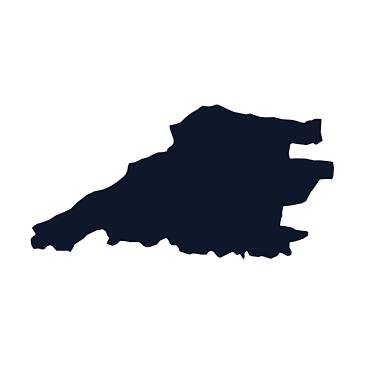 Luncavita, Caras-Severin, Romania (Equal Earth projection), rotated 299°
{"feature_id": "2599482B30693199299192", "entity_name": "Luncavita", "entity_type": "district", "adm_level": 2, "iso_a3": "ROU", "parent_name": "Romania", "parent_adm1": "Caras-Severin", "projection": "equal_earth", "projection_center": [22.223, 45.101], "detail": "fine", "context": "isolated", "style": "filled", "palette": "ink", "viewbox_px": 384, "rotation_deg": 299, "n_neighbors": 0, "source": "geoboundaries", "source_scale": "gbopen_adm2", "svg_char_len": 3476}
<svg xmlns="http://www.w3.org/2000/svg" viewBox="0 0 384 384"><g transform="rotate(299 192 192)"><path d="M288.0,204.8L285.5,202.2L281.7,190.3L281.2,186.0L280.9,181.6L280.6,177.2L280.4,172.9L279.5,171.1L275.5,167.5L274.5,165.8L273.6,164.0L272.8,162.2L272.3,160.3L271.3,159.6L270.3,159.0L269.2,158.5L268.1,158.0L266.9,157.7L260.8,153.9L253.5,150.8L247.3,149.0L243.4,145.9L239.3,141.1L237.1,142.4L229.4,151.1L226.4,152.7L224.7,152.9L222.2,152.4L219.2,150.8L217.1,150.5L215.7,151.2L213.0,148.9L209.3,143.2L207.2,141.6L205.0,140.0L202.7,138.5L200.4,137.1L196.1,132.6L190.0,128.3L186.2,123.8L183.4,124.3L179.1,125.9L174.9,126.1L171.2,125.1L164.7,122.5L156.4,118.1L149.7,112.8L145.0,107.1L138.3,102.2L127.4,97.5L118.4,94.8L115.0,92.6L111.7,90.2L108.5,87.7L105.4,85.1L98.5,81.4L96.9,80.2L95.4,78.9L93.9,77.7L92.4,76.3L90.5,74.5L88.7,72.7L85.7,70.9L83.2,70.3L80.3,75.9L78.4,76.6L77.8,76.2L77.1,75.9L76.4,75.5L75.7,75.2L75.0,75.0L74.3,74.8L73.6,74.6L72.8,74.5L69.5,76.7L68.7,77.5L67.9,78.3L67.3,79.2L66.7,80.1L66.3,81.1L68.8,84.7L70.0,89.1L71.5,90.2L72.4,90.3L73.3,90.5L74.2,90.8L75.1,91.2L75.7,91.7L77.6,93.5L77.5,96.9L75.8,101.9L77.1,104.3L78.4,106.7L79.7,109.0L81.1,111.4L81.2,114.0L82.2,114.1L83.2,114.2L84.2,114.3L85.2,114.3L86.1,114.3L87.1,114.2L88.1,114.1L89.1,113.9L99.5,119.3L103.2,120.1L105.7,121.6L112.9,126.7L117.0,132.0L116.4,136.1L113.5,139.3L112.6,141.8L111.8,143.0L110.4,142.8L109.0,142.8L107.6,142.8L106.2,143.0L107.1,148.1L110.2,150.7L115.1,152.3L115.5,153.2L116.5,155.3L117.4,157.4L118.2,159.6L118.8,161.8L123.1,169.3L123.1,170.7L123.0,172.2L122.7,173.6L122.2,175.0L122.2,178.4L124.0,181.2L129.3,186.0L134.2,186.9L139.8,190.9L139.5,194.1L139.0,195.2L138.3,196.2L137.6,197.1L136.8,197.9L136.4,199.6L138.4,203.7L138.0,205.9L136.7,208.4L134.9,210.2L136.7,219.6L139.4,222.2L140.3,224.3L141.2,226.5L141.9,228.6L142.7,230.8L144.9,234.4L147.5,234.6L150.5,236.5L150.7,237.5L150.8,238.5L150.9,239.5L150.8,240.4L148.9,244.8L148.6,246.7L149.2,248.5L151.8,250.1L160.1,256.1L160.3,258.1L159.4,260.4L159.5,261.7L161.9,263.8L161.6,264.7L161.1,265.7L160.6,266.6L160.0,267.4L159.4,269.0L161.0,268.5L161.8,267.9L162.6,267.4L163.5,267.0L164.4,266.7L166.9,267.3L168.1,268.6L167.5,269.7L166.8,270.8L166.0,271.9L165.2,272.9L165.6,275.3L168.1,281.4L170.3,283.3L171.0,285.7L171.5,288.0L172.0,290.4L172.4,292.8L177.0,296.3L178.5,297.0L181.7,297.2L183.0,299.6L182.9,305.7L183.3,306.4L183.7,307.1L184.3,307.7L184.9,308.2L185.1,308.4L187.4,307.7L190.1,303.5L195.5,300.9L198.4,304.5L200.2,306.4L201.5,307.7L202.8,309.0L204.2,310.2L205.7,311.4L209.8,313.7L212.3,312.9L212.7,311.5L211.5,309.1L208.5,301.5L208.6,296.6L206.4,289.7L204.6,286.0L205.2,284.3L212.2,282.0L214.6,281.9L216.9,280.3L222.0,278.5L224.4,278.1L225.5,279.8L226.5,281.4L227.7,283.1L228.8,284.6L229.7,285.8L236.0,293.1L239.5,295.4L249.3,295.2L253.3,295.8L257.3,296.3L261.2,296.6L265.2,296.9L267.1,299.4L268.7,302.1L270.3,304.8L271.6,307.6L274.0,307.2L281.3,304.0L285.6,300.6L285.3,298.9L281.2,289.1L278.1,283.7L275.8,275.9L271.0,266.6L268.1,262.2L268.4,260.6L272.2,257.3L280.7,254.3L282.3,254.1L284.3,256.2L285.4,259.7L289.3,269.2L293.6,273.0L294.4,274.6L294.2,275.3L294.2,276.0L294.2,276.7L294.3,277.4L295.8,278.1L297.2,278.8L298.6,279.6L300.0,280.5L306.4,274.9L317.7,269.5L315.0,264.5L312.2,262.6L310.7,260.1L308.8,258.4L306.6,257.8L305.0,253.9L304.6,251.7L304.2,249.5L303.7,247.4L303.0,245.2L302.7,244.4L298.6,235.7L296.6,227.8L292.4,220.7L289.9,215.0L288.0,204.8Z" fill="#0f172a" stroke="#020617" stroke-width="1.5"/></g></svg>